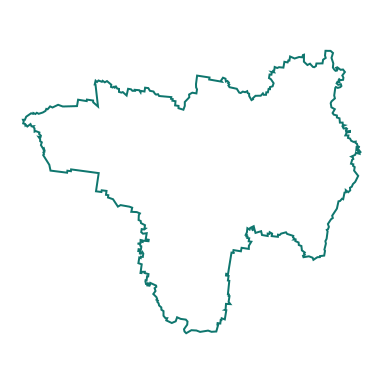 Hilltops, New South Wales, Australia
{"feature_id": "25037944B92973083305975", "entity_name": "Hilltops", "entity_type": "district", "adm_level": 2, "iso_a3": "AUS", "parent_name": "Australia", "parent_adm1": "New South Wales", "projection": "albers", "projection_center": [148.539, -34.416], "detail": "fine", "context": "isolated", "style": "outline", "palette": "teal", "viewbox_px": 384, "rotation_deg": 0, "n_neighbors": 0, "source": "geoboundaries", "source_scale": "gbopen_adm2", "svg_char_len": 5904}
<svg xmlns="http://www.w3.org/2000/svg" viewBox="0 0 384 384"><path d="M24.9,119.8L23.0,119.8L23.7,121.5L23.2,123.4L25.1,124.0L25.4,125.5L26.0,125.0L27.3,126.5L30.5,124.1L31.5,126.3L33.6,126.2L33.1,126.8L34.5,128.4L34.6,131.6L35.8,131.1L39.4,132.5L39.1,133.9L40.9,135.7L40.5,137.1L38.5,136.8L40.1,139.0L40.2,141.3L41.8,142.3L40.9,145.1L43.0,148.5L43.8,148.1L44.4,150.1L43.7,150.1L44.4,151.8L43.4,152.4L44.0,154.1L43.2,155.1L49.3,164.8L50.5,170.6L67.1,172.7L67.4,170.7L70.9,171.2L71.1,169.4L98.7,173.1L96.0,191.3L101.4,192.0L101.7,190.3L106.5,190.9L106.0,194.8L108.3,195.2L108.0,197.5L113.0,199.2L117.9,206.6L120.6,205.1L129.5,206.7L132.2,207.7L131.3,211.8L136.8,212.1L139.9,213.4L138.8,215.2L138.6,220.0L140.7,221.0L141.0,223.1L145.0,225.2L144.5,228.3L145.5,228.5L144.2,229.5L141.7,229.1L141.2,232.1L143.0,233.7L146.7,233.2L145.7,239.3L148.7,239.8L148.5,241.2L143.0,240.7L142.7,242.0L141.8,241.8L142.0,240.3L140.6,240.0L140.5,243.2L138.4,243.5L138.3,244.6L138.7,243.6L139.7,243.7L140.6,246.2L142.1,246.4L141.4,246.5L140.9,249.5L138.6,249.2L138.3,251.1L140.2,251.4L139.9,253.5L140.9,253.7L142.3,251.9L143.3,253.6L142.8,256.9L140.9,256.7L140.7,258.1L139.3,257.5L138.4,263.2L141.7,264.3L140.5,273.0L141.5,273.1L141.7,271.8L144.8,271.8L144.6,273.0L148.5,274.1L148.2,276.4L147.1,276.3L146.6,280.4L145.6,280.2L145.4,281.4L146.0,284.0L147.5,284.2L147.3,285.4L149.5,285.7L149.9,284.9L147.6,284.5L147.8,283.3L150.1,283.7L150.3,282.9L156.1,285.6L156.3,286.8L154.6,288.2L155.5,291.0L153.3,294.0L156.4,297.1L157.1,298.8L156.5,299.8L157.9,300.6L157.3,301.8L158.6,303.3L159.1,305.5L161.3,307.4L161.4,309.7L163.5,311.1L163.5,315.8L165.5,318.2L167.2,318.2L166.3,320.4L171.8,323.0L175.7,321.3L177.1,317.3L180.7,318.9L185.8,319.6L187.5,321.5L187.2,324.7L184.0,329.2L184.5,331.5L186.2,333.2L191.4,330.2L196.4,330.5L200.1,331.9L208.1,330.6L211.5,331.8L216.3,331.5L218.2,324.7L217.4,324.6L217.6,323.1L220.3,323.5L220.7,320.0L221.4,320.1L221.7,318.3L224.8,319.4L226.3,310.2L224.8,309.9L225.6,309.5L226.0,303.9L230.3,304.1L228.6,301.9L229.5,296.2L228.7,296.1L228.9,294.5L227.9,294.3L229.3,280.8L227.9,280.5L228.6,275.9L226.0,275.5L226.2,273.8L228.0,274.1L231.5,252.6L234.6,253.1L233.1,252.6L233.5,250.1L240.9,251.3L241.6,247.8L248.8,248.9L248.9,245.7L251.3,241.7L248.7,241.3L249.2,238.3L247.3,238.0L247.5,236.6L246.4,236.4L246.8,235.1L245.7,234.9L246.9,232.4L247.4,228.2L249.6,229.6L250.2,227.9L253.7,226.2L254.2,228.2L252.2,229.2L252.6,230.0L254.4,229.1L255.5,232.9L261.1,231.2L262.0,235.0L267.7,236.0L267.7,233.6L269.4,233.9L269.7,232.2L272.1,233.6L271.7,236.1L277.9,236.8L278.0,234.7L279.7,235.0L281.1,233.6L286.0,232.3L287.1,233.9L293.3,235.9L293.0,237.4L294.7,238.9L294.0,239.5L295.6,239.5L295.4,241.1L298.6,242.5L298.8,245.0L301.4,246.0L301.9,250.4L304.8,252.5L304.1,253.5L304.8,254.6L303.0,255.8L303.5,257.2L308.9,256.3L312.6,257.7L313.4,259.8L317.4,257.2L319.9,257.1L320.0,256.1L324.2,255.6L325.0,250.8L324.4,249.6L325.9,243.6L325.4,241.1L326.6,238.8L327.6,231.3L326.8,229.9L328.0,229.2L328.9,226.9L327.9,224.0L331.0,219.3L332.8,218.0L332.2,215.7L336.9,208.6L338.5,201.3L340.0,201.0L342.1,198.7L343.2,199.2L344.5,192.6L345.9,192.3L345.8,190.2L348.2,192.2L350.2,190.4L350.0,187.7L351.8,186.7L352.9,184.1L355.2,181.9L358.2,175.9L354.1,170.6L354.7,167.1L353.0,165.8L353.3,164.3L351.0,163.7L352.2,159.7L353.3,159.0L352.8,157.3L351.4,156.6L355.2,154.8L355.9,152.8L359.2,153.7L358.1,151.4L361.0,152.7L358.0,148.9L356.3,150.1L356.6,147.0L359.7,147.2L357.5,146.0L357.0,143.9L355.5,142.8L355.7,141.6L353.5,141.9L351.1,140.7L350.1,138.6L348.0,137.9L348.4,135.5L345.4,135.4L346.8,132.4L350.0,132.0L350.0,131.0L346.1,131.5L345.9,130.4L347.0,128.8L346.2,128.1L343.6,128.5L342.5,126.3L344.7,125.3L342.9,124.9L342.6,122.6L339.9,122.6L339.5,118.3L336.9,117.5L336.9,115.5L333.7,114.6L332.6,113.0L334.8,109.2L331.4,107.3L330.7,103.2L331.5,101.4L334.9,98.4L334.2,95.5L335.3,87.8L335.9,87.0L337.8,87.9L340.4,87.1L341.4,86.0L340.9,84.3L338.2,84.8L336.6,83.3L337.4,81.9L339.3,82.1L338.6,80.2L339.2,79.2L340.4,80.2L343.1,79.8L343.4,77.6L342.3,75.5L344.9,72.0L343.0,69.5L340.6,69.8L337.3,67.3L336.1,67.8L337.3,69.7L336.9,70.6L335.5,70.8L334.1,69.4L332.9,67.5L333.3,63.4L331.5,57.9L333.0,53.0L330.6,50.9L325.5,50.8L325.0,55.6L325.7,57.9L323.1,59.7L322.5,63.4L316.4,63.5L315.9,66.1L314.2,67.2L312.9,66.9L310.0,63.7L307.4,65.0L303.9,61.7L304.0,54.7L303.0,55.0L302.2,57.3L299.1,57.0L294.6,58.5L290.1,56.5L289.4,60.6L288.4,60.4L287.6,62.4L284.4,61.8L283.4,67.6L279.0,67.2L277.2,68.0L274.7,67.0L274.3,70.0L273.3,70.6L274.2,72.3L271.2,71.9L271.8,72.5L271.4,74.7L269.6,74.5L269.0,78.1L270.9,79.2L273.6,83.2L272.6,86.3L270.0,87.1L270.0,89.1L268.6,88.9L267.9,92.3L266.3,92.3L266.0,94.8L263.7,94.8L262.9,93.4L260.8,95.7L255.5,95.8L252.9,98.2L253.1,99.2L251.5,100.1L249.2,96.1L249.1,93.7L247.7,93.1L247.2,91.2L245.1,92.2L242.8,91.6L240.7,93.0L239.2,92.6L236.8,88.8L229.5,87.2L228.4,85.5L229.3,84.5L228.1,83.2L228.8,82.5L227.4,81.0L225.9,81.5L225.5,78.7L223.0,77.7L221.0,80.6L221.8,81.7L209.2,79.5L209.5,77.5L197.1,75.6L196.0,84.1L196.1,87.4L197.0,89.3L196.4,93.4L192.3,92.7L189.1,94.5L189.3,97.3L184.8,102.0L184.8,105.9L183.4,109.7L178.5,108.2L178.5,105.9L175.1,105.4L175.5,101.2L172.4,100.7L172.7,99.1L171.0,98.8L171.3,97.1L159.1,96.0L158.0,94.2L156.1,94.6L154.8,93.6L153.5,91.5L149.9,90.8L148.3,88.1L145.1,87.7L144.5,91.5L140.9,90.9L140.6,92.4L139.2,90.2L134.6,89.8L134.5,90.5L136.1,90.8L132.4,90.8L131.0,89.3L128.1,88.8L126.6,95.5L122.8,92.1L121.4,92.6L119.0,91.9L119.0,88.9L117.3,88.6L115.9,86.5L114.8,87.6L114.0,86.7L112.7,87.5L111.0,86.9L111.3,84.7L107.0,81.1L104.8,82.3L102.6,80.8L101.9,81.8L98.5,80.5L97.0,82.0L95.6,80.7L94.7,84.5L95.5,84.6L98.0,106.5L93.2,102.3L93.1,100.5L86.9,99.6L86.7,101.1L78.1,99.7L77.0,106.1L62.8,106.5L58.1,104.8L52.5,107.5L50.1,106.4L47.6,109.3L46.3,108.9L45.5,110.9L42.8,112.5L38.7,113.8L36.8,112.8L35.4,114.0L33.3,113.0L33.0,113.8L31.1,113.3L26.2,116.7L24.9,119.8Z" fill="none" stroke="#0f766e" stroke-width="2"/></svg>